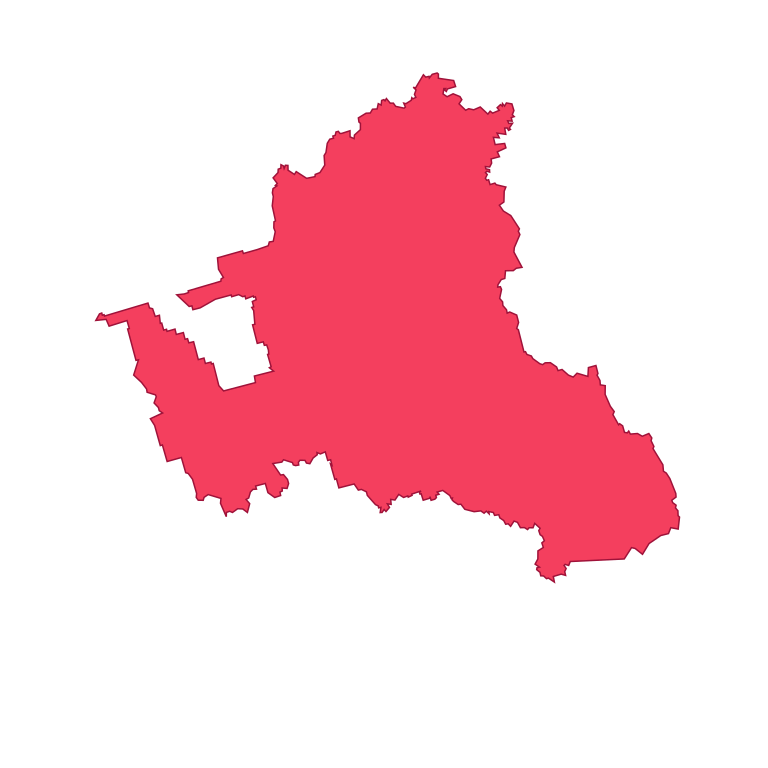 the district of Cabonne, New South Wales, Australia, rotated 155°
{"feature_id": "25037944B28032354001178", "entity_name": "Cabonne", "entity_type": "district", "adm_level": 2, "iso_a3": "AUS", "parent_name": "Australia", "parent_adm1": "New South Wales", "projection": "orthographic", "projection_center": [148.824, -33.111], "detail": "fine", "context": "isolated", "style": "filled", "palette": "rose", "viewbox_px": 768, "rotation_deg": 155, "n_neighbors": 0, "source": "geoboundaries", "source_scale": "gbopen_adm2", "svg_char_len": 6171}
<svg xmlns="http://www.w3.org/2000/svg" viewBox="0 0 768 768"><g transform="rotate(155 384 384)"><path d="M601.5,357.2L597.0,355.0L595.0,357.3L590.1,358.1L580.1,349.2L582.6,345.0L583.0,330.4L581.1,334.2L577.7,333.9L575.6,331.6L569.3,332.8L564.8,330.4L562.1,325.3L556.3,332.3L557.8,337.7L554.8,337.9L550.7,342.6L547.4,343.9L544.0,342.6L543.5,345.8L533.6,344.0L535.1,334.6L531.0,327.3L524.8,326.6L524.0,330.0L521.4,330.0L520.3,332.8L516.0,330.3L512.5,334.1L511.8,338.3L513.4,344.4L516.2,345.2L518.4,358.9L509.6,356.4L507.1,357.8L500.2,351.5L500.4,349.0L498.6,347.4L495.5,346.6L494.7,349.2L492.4,350.4L487.9,348.2L487.7,345.1L484.9,343.1L479.5,346.9L474.4,348.1L473.7,350.2L471.2,347.5L465.9,347.3L467.3,338.5L464.4,337.9L465.5,332.4L466.3,334.0L468.9,318.3L467.2,318.1L468.8,308.9L453.3,306.0L452.1,298.7L449.0,298.0L445.5,293.7L446.2,290.1L442.7,278.3L440.7,275.9L441.2,274.0L438.9,273.5L441.8,269.1L440.0,268.4L436.9,270.2L436.1,267.6L431.2,269.8L431.6,274.0L428.4,271.9L426.7,276.6L423.1,274.2L417.3,277.7L414.2,272.9L409.7,272.5L409.9,271.2L405.6,271.2L405.4,272.5L395.6,271.4L397.7,271.0L397.9,269.0L396.7,268.8L397.6,262.1L390.7,261.1L389.9,262.5L390.5,258.7L386.6,258.1L384.5,258.9L384.1,261.3L380.7,260.8L381.5,263.6L375.7,262.7L371.5,255.1L371.5,251.9L370.2,251.7L371.3,250.4L370.6,248.2L367.7,243.4L365.1,242.6L363.7,236.3L356.3,230.2L349.9,228.1L347.9,224.6L345.0,225.5L343.6,221.9L342.9,224.1L339.2,221.3L339.3,218.2L335.2,217.0L335.6,213.7L333.2,209.6L333.0,205.5L330.5,204.8L329.4,201.5L324.1,204.8L321.5,202.2L321.1,196.1L317.4,194.5L315.4,191.4L313.2,192.4L309.7,190.7L306.3,194.0L303.5,187.3L305.7,185.7L306.2,181.5L304.8,178.9L304.9,174.2L308.1,173.3L308.7,168.5L315.0,167.7L318.5,160.4L323.2,156.9L320.5,152.3L323.0,152.8L324.1,151.2L322.2,147.4L323.0,143.9L320.5,142.6L319.0,138.9L317.0,138.6L313.3,132.5L311.9,138.0L303.8,136.8L300.3,133.8L299.5,137.6L296.9,139.8L297.5,143.5L296.1,144.0L293.3,141.5L290.2,144.4L240.2,123.9L228.8,131.1L225.9,128.8L221.7,120.4L211.2,127.4L197.2,129.7L189.4,128.2L184.8,132.6L178.7,128.2L172.4,138.5L173.1,140.4L171.2,144.9L172.2,148.5L170.5,150.7L172.5,154.5L172.3,157.0L167.1,158.1L165.8,161.5L164.9,177.5L165.8,184.0L167.6,186.8L165.4,192.9L167.5,211.8L165.8,213.3L165.9,219.7L164.1,221.9L164.9,227.2L172.0,227.5L175.2,232.0L181.9,234.5L182.1,237.9L184.1,236.9L186.5,238.5L185.4,245.2L187.2,248.4L188.6,247.9L189.5,259.5L187.0,261.7L188.3,268.2L188.0,281.1L184.2,289.0L188.3,291.8L186.8,295.9L187.2,302.0L185.7,303.0L184.1,311.2L191.8,312.5L196.0,304.7L204.5,312.2L209.6,310.3L213.1,314.1L216.5,321.9L220.6,322.6L220.4,326.5L224.2,333.0L229.0,335.1L232.0,334.5L234.2,336.5L238.4,344.1L238.6,347.1L242.0,350.4L242.1,353.5L243.6,353.9L239.3,376.4L240.3,378.2L236.0,382.9L234.6,390.4L239.6,396.1L242.4,396.2L241.6,399.5L243.1,404.9L241.8,408.3L243.0,412.7L237.5,420.0L237.4,423.0L240.0,423.8L238.8,425.8L233.6,429.1L229.9,428.6L226.0,435.3L218.9,432.1L215.2,433.0L209.6,431.4L210.5,448.7L208.2,452.6L197.7,462.0L197.7,465.7L195.7,467.4L197.9,483.0L202.7,490.3L203.9,497.3L198.4,498.3L193.6,507.9L190.3,511.0L198.1,517.2L198.6,519.2L203.6,519.9L202.9,524.9L204.8,525.2L205.2,527.6L201.9,530.2L202.7,532.7L200.9,533.4L198.7,531.4L197.8,533.7L200.8,536.0L200.2,538.2L196.5,536.0L193.1,538.7L191.8,542.7L183.3,541.2L183.2,546.5L173.7,546.5L173.0,551.0L182.1,554.0L180.6,561.3L175.5,558.4L175.5,563.6L168.1,558.8L166.5,564.9L164.2,564.0L163.9,561.2L161.8,561.3L162.3,563.0L157.3,566.0L160.8,567.4L160.7,570.3L156.8,568.1L156.1,571.7L153.0,571.3L153.9,573.8L150.7,576.9L149.7,583.8L154.3,587.0L157.3,584.9L158.1,588.1L159.4,585.9L160.4,588.0L164.7,586.6L163.9,583.3L171.1,583.6L172.5,586.4L175.8,584.7L179.7,594.4L186.8,594.6L190.9,597.7L194.3,597.6L197.6,606.2L193.3,608.8L193.7,612.4L198.7,617.8L205.4,617.7L207.9,621.9L204.9,626.5L203.4,625.8L204.9,625.0L203.9,622.8L201.8,624.6L193.4,623.3L192.6,629.6L205.5,638.1L203.7,641.9L204.4,643.4L209.4,644.3L213.6,642.2L213.2,643.8L216.5,644.5L217.6,647.6L230.3,639.0L232.1,640.6L230.7,637.0L234.0,633.6L234.0,630.3L237.3,630.3L237.8,631.7L239.4,629.6L245.7,628.8L247.4,630.2L247.6,625.9L249.2,625.5L256.1,630.7L256.8,634.6L259.7,635.9L261.2,641.7L263.4,640.2L263.9,641.8L266.3,642.0L268.7,638.0L270.7,640.5L274.0,636.2L278.3,637.9L281.9,635.4L285.8,637.0L294.8,636.0L296.0,632.0L295.2,630.2L297.9,624.5L305.6,622.1L307.4,619.0L310.3,622.3L307.8,627.9L316.4,629.0L318.1,629.7L318.6,632.3L321.0,632.7L323.1,630.0L325.6,630.3L325.9,628.1L329.7,628.8L333.7,626.1L338.8,618.3L341.7,616.4L345.2,607.4L352.7,602.7L357.8,603.0L358.9,601.1L367.2,603.1L373.8,613.6L376.6,611.8L380.6,618.3L378.7,622.7L380.9,623.9L383.4,621.6L382.9,624.0L384.7,626.3L386.3,623.2L389.1,623.4L390.7,620.4L397.4,617.7L396.0,610.8L398.5,609.9L397.4,608.8L402.0,608.0L404.4,604.4L405.1,600.7L410.0,592.7L413.4,577.7L415.2,577.5L417.9,572.0L418.2,568.0L424.1,560.1L427.9,561.2L430.5,558.2L442.1,559.4L456.3,561.7L456.0,564.5L481.6,568.7L485.5,557.9L484.5,548.4L487.2,548.1L488.4,546.1L522.1,551.2L522.5,549.5L526.9,550.0L534.1,552.4L527.8,536.6L525.1,536.0L525.8,532.1L518.4,530.7L501.0,532.1L484.9,529.3L485.2,527.5L477.9,526.4L475.1,522.8L472.8,522.5L473.3,519.6L465.3,519.0L465.5,517.7L463.7,517.4L464.2,514.4L468.5,514.4L469.5,509.0L471.5,509.3L471.1,505.6L475.8,492.7L478.1,493.2L481.7,474.4L475.6,473.2L476.1,469.6L473.8,469.0L474.4,463.7L475.8,459.8L477.0,460.0L479.0,447.3L481.0,447.2L478.6,442.3L498.1,446.0L499.9,439.6L532.3,445.5L534.4,452.3L530.1,474.8L531.9,475.1L531.6,477.0L537.2,478.1L536.2,483.6L542.0,484.6L538.7,502.8L543.5,503.8L542.9,508.1L545.4,508.6L544.1,515.4L551.3,516.7L550.2,522.1L558.4,523.4L558.0,525.5L560.9,526.0L559.7,533.2L561.1,533.5L558.5,541.2L562.8,541.9L561.9,550.0L564.4,552.1L563.7,557.1L608.6,563.7L608.4,565.1L610.2,565.4L609.8,567.6L612.2,567.8L618.3,563.4L608.5,560.0L608.7,552.6L590.1,550.1L591.4,541.9L593.1,542.2L598.8,510.2L596.3,509.7L607.1,497.9L603.1,487.9L601.3,479.8L602.2,476.6L595.7,470.7L595.8,468.7L600.4,464.0L598.4,458.0L599.0,454.8L596.9,451.3L610.4,451.3L609.4,443.4L612.8,422.7L610.6,422.4L613.3,405.4L598.7,403.0L601.2,387.4L599.2,385.6L597.8,378.6L600.1,363.9L602.1,360.6L601.5,357.2Z" fill="#f43f5e" stroke="#9f1239" stroke-width="1.5"/></g></svg>